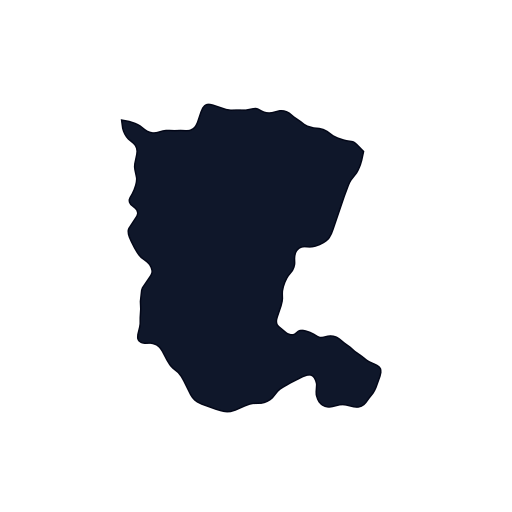 Jima Abajo, La Vega, Dominican Republic, rotated 244°
{"feature_id": "3306468B99813204721250", "entity_name": "Jima Abajo", "entity_type": "district", "adm_level": 2, "iso_a3": "DOM", "parent_name": "Dominican Republic", "parent_adm1": "La Vega", "projection": "orthographic", "projection_center": [-70.397, 19.12], "detail": "fine", "context": "isolated", "style": "filled", "palette": "ink", "viewbox_px": 512, "rotation_deg": 244, "n_neighbors": 0, "source": "geoboundaries", "source_scale": "gbopen_adm2", "svg_char_len": 3567}
<svg xmlns="http://www.w3.org/2000/svg" viewBox="0 0 512 512"><g transform="rotate(244 256 256)"><path d="M93.6,314.7L96.6,317.1L98.8,318.1L100.1,318.4L101.4,318.2L102.6,317.9L104.9,316.6L111.5,311.2L113.9,309.7L119.4,307.1L127.0,302.9L132.7,300.6L139.0,297.2L144.7,294.6L146.9,293.3L148.1,292.4L150.0,290.3L151.5,287.9L152.4,285.4L153.5,280.5L154.4,278.3L155.1,277.3L156.6,276.0L160.5,273.5L163.8,270.9L166.8,267.8L168.5,265.6L169.6,263.3L169.8,262.2L169.8,261.0L168.8,256.9L168.8,255.8L169.0,254.6L170.2,252.4L172.1,250.5L173.2,249.7L182.7,245.4L184.7,244.9L185.7,244.9L187.7,245.4L189.6,246.4L191.7,248.2L200.2,256.6L203.7,259.5L206.2,261.1L210.6,263.1L213.0,264.4L216.6,267.2L219.8,270.4L222.6,273.9L224.2,276.4L226.7,281.8L227.5,283.0L229.4,285.2L231.6,287.0L232.8,287.7L237.0,289.6L239.2,290.9L241.4,292.7L242.3,293.8L243.1,295.0L244.0,297.5L244.2,298.7L244.1,301.0L243.3,303.5L240.6,308.3L239.6,310.9L238.9,313.7L238.4,318.1L238.5,322.6L238.9,325.5L239.7,328.4L240.4,329.8L243.1,333.6L246.3,337.0L271.3,361.8L279.0,369.9L281.0,372.2L282.7,374.7L286.7,382.9L288.4,385.3L290.3,387.6L292.4,389.9L295.8,393.0L302.8,398.5L312.1,395.4L314.6,394.3L315.8,393.5L316.7,392.5L319.8,388.0L321.8,385.6L326.3,381.0L330.1,378.0L336.8,374.5L340.2,371.9L342.9,368.7L345.8,363.9L350.2,359.0L353.2,356.9L357.0,355.1L364.4,350.9L369.8,348.5L372.1,346.8L374.1,344.7L375.6,342.2L376.2,340.8L377.7,333.4L378.7,330.6L380.1,328.2L381.9,326.1L384.0,324.4L387.1,322.2L388.0,321.3L388.8,320.2L389.7,317.6L391.6,310.6L395.5,302.9L398.0,297.3L400.7,293.4L410.6,283.3L412.4,281.0L413.1,279.8L413.6,278.4L413.7,277.0L413.5,275.6L412.3,273.0L409.5,269.7L401.6,261.9L399.7,259.5L398.9,258.2L398.3,256.7L397.9,255.2L397.8,252.2L398.1,250.7L399.2,248.1L401.9,243.2L404.3,237.7L407.1,232.6L408.3,230.0L409.2,227.1L410.3,221.1L411.3,218.2L412.0,216.9L413.8,214.7L415.9,212.8L418.5,211.3L423.7,208.8L426.0,207.2L428.3,205.3L432.5,201.0L437.1,194.8L429.3,192.2L426.2,191.7L423.1,191.6L420.0,191.9L417.1,192.6L410.9,195.4L408.2,196.1L405.2,196.0L402.3,195.1L399.7,193.5L392.1,187.6L389.4,186.0L386.5,185.0L379.0,183.1L377.6,182.6L374.8,180.9L372.3,178.9L368.8,175.4L365.9,171.8L363.7,168.5L362.0,166.7L360.8,166.2L359.6,165.9L357.1,166.1L351.8,168.5L349.4,169.1L346.9,168.7L345.8,168.2L344.0,166.4L336.6,154.0L335.7,153.0L334.5,152.1L331.6,151.0L328.5,150.5L323.5,150.3L316.7,150.4L311.5,150.8L308.2,151.3L305.0,152.2L298.8,155.4L296.0,156.4L294.6,156.7L291.6,156.8L288.8,156.3L287.5,155.8L286.3,155.0L284.6,153.0L277.2,140.1L275.3,138.2L265.8,132.2L258.9,129.2L251.3,124.9L245.8,122.2L243.2,120.4L237.3,115.5L234.9,114.1L233.6,113.6L232.2,113.5L230.9,113.7L228.7,114.9L227.8,115.8L226.3,117.8L224.1,122.8L222.5,125.0L220.5,127.0L219.4,127.9L216.6,129.2L215.0,129.6L211.6,130.1L201.4,130.4L196.3,130.9L194.7,131.2L191.8,132.1L185.3,135.1L180.5,136.1L175.4,136.4L160.0,136.5L156.7,136.9L153.5,137.8L150.6,139.3L146.7,142.3L135.9,152.8L132.5,156.5L130.4,159.1L128.7,161.8L127.4,164.9L126.6,169.9L126.2,180.2L125.7,185.3L124.9,188.5L121.4,196.3L120.7,199.3L120.5,202.4L120.7,205.5L121.4,208.5L125.0,216.2L125.9,219.4L126.3,222.8L126.9,231.5L127.1,245.2L126.6,249.6L125.6,252.2L124.7,253.4L123.5,254.3L122.2,254.8L120.8,255.1L118.0,255.1L115.1,254.6L113.7,254.1L107.6,250.6L104.9,249.4L103.4,249.1L100.3,248.7L97.2,248.8L94.2,249.7L92.9,250.4L90.6,252.2L88.8,254.5L88.1,255.8L87.2,258.7L85.6,266.1L84.4,268.9L82.7,271.6L77.7,277.7L76.0,280.4L75.4,281.8L74.9,284.8L75.2,287.8L76.2,290.5L78.8,295.4L81.4,300.9L83.2,303.6L85.3,306.2L93.6,314.7Z" fill="#0f172a" stroke="#020617" stroke-width="1.5"/></g></svg>